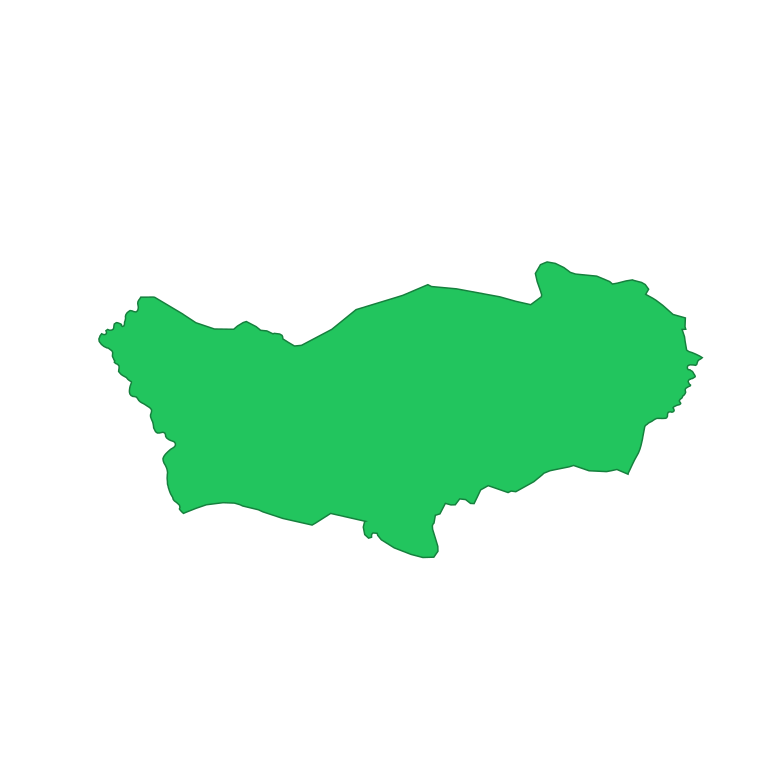 outline of Ar Rujum, Al Mahwit, Yemen, rotated 116°
{"feature_id": "15242507B44353652125997", "entity_name": "Ar Rujum", "entity_type": "district", "adm_level": 2, "iso_a3": "YEM", "parent_name": "Yemen", "parent_adm1": "Al Mahwit", "projection": "robinson", "projection_center": [43.673, 15.406], "detail": "fine", "context": "isolated", "style": "filled", "palette": "green", "viewbox_px": 768, "rotation_deg": 116, "n_neighbors": 0, "source": "geoboundaries", "source_scale": "gbopen_adm2", "svg_char_len": 5619}
<svg xmlns="http://www.w3.org/2000/svg" viewBox="0 0 768 768"><g transform="rotate(116 384 384)"><path d="M220.8,109.5L220.5,112.5L220.5,116.7L220.7,120.6L221.2,124.1L220.9,126.7L220.8,126.9L213.6,132.1L209.8,134.6L204.3,140.0L202.5,136.8L200.5,138.6L192.5,142.1L194.8,154.7L191.1,168.0L189.5,176.3L189.1,180.0L188.7,188.1L182.8,187.7L180.1,192.8L179.8,197.0L181.4,204.9L181.5,206.3L185.3,211.7L191.1,218.5L194.0,222.5L193.0,226.1L193.8,240.1L201.2,260.0L202.0,265.5L200.5,273.3L200.5,279.6L200.5,282.9L202.8,290.9L205.2,293.1L208.2,295.7L208.7,295.7L218.3,296.4L224.8,291.2L231.6,284.3L234.7,281.4L236.6,280.8L248.4,286.9L251.9,301.8L254.9,318.2L257.8,328.6L266.7,360.6L275.6,384.1L275.5,388.1L278.0,390.3L296.0,405.9L301.1,411.3L329.4,441.7L357.8,454.9L385.4,475.1L389.1,481.1L388.5,488.5L387.8,494.6L385.9,495.9L385.0,497.0L384.8,499.6L386.6,504.9L387.6,505.7L387.6,511.9L387.7,512.7L389.9,518.7L389.6,519.2L388.5,524.1L388.2,535.1L390.5,537.5L396.1,541.1L400.7,543.1L408.9,560.5L411.4,579.9L409.6,593.9L409.3,595.8L406.6,628.1L406.8,628.8L407.1,629.7L410.2,635.8L412.6,640.7L414.3,640.8L416.2,641.2L418.0,641.2L419.7,640.6L421.2,639.5L422.6,638.5L424.6,637.8L426.3,637.7L428.0,638.5L428.6,640.6L428.7,642.4L429.3,644.4L430.8,645.3L432.5,646.1L434.7,646.4L436.5,646.1L438.2,645.1L440.3,644.5L442.2,644.3L444.0,643.5L445.7,643.2L447.0,644.4L446.5,645.8L446.3,645.8L445.8,645.9L445.5,646.5L445.5,647.8L445.7,650.2L446.2,651.5L447.5,652.2L448.3,652.7L449.9,652.3L451.8,651.6L453.5,651.4L455.0,652.5L456.0,654.2L456.1,656.3L458.0,657.3L459.2,656.1L460.1,655.7L461.1,655.9L461.6,656.2L462.2,657.0L462.5,657.9L462.6,658.8L462.6,659.6L462.6,659.8L464.1,660.1L464.3,660.1L465.0,660.3L466.7,660.1L468.5,660.0L470.6,658.6L472.3,655.3L473.0,652.2L473.0,648.9L472.6,647.6L473.5,643.0L474.7,641.6L477.6,640.5L478.3,640.1L479.3,638.8L480.8,637.1L481.1,636.2L482.7,635.9L483.2,634.0L483.1,632.0L484.0,630.0L485.8,629.1L487.5,628.6L489.1,628.0L489.9,626.2L490.6,624.5L490.9,622.6L491.0,620.8L491.1,618.5L491.1,618.4L492.1,616.2L492.5,614.4L492.7,612.1L493.6,611.6L495.5,611.4L497.2,611.2L499.0,610.8L501.1,610.1L502.8,609.3L504.3,608.1L505.2,606.4L505.3,604.4L504.6,602.5L504.3,600.7L505.3,598.8L506.3,597.2L506.9,595.2L507.1,593.3L507.1,591.5L507.3,589.4L507.6,587.3L507.8,585.3L507.9,584.6L508.2,583.4L509.1,581.6L510.9,580.8L512.5,580.5L514.2,580.3L515.8,579.4L517.3,577.9L518.6,576.4L519.7,575.1L521.2,573.9L522.9,572.7L524.4,571.8L525.7,570.1L527.0,568.4L527.4,566.3L526.5,564.4L525.4,563.0L524.3,561.6L524.1,559.7L525.3,558.2L526.8,557.3L527.8,555.7L528.3,553.2L528.3,551.0L528.0,548.8L528.0,547.0L529.0,545.4L530.6,544.6L532.3,544.8L534.2,545.8L535.8,546.9L537.5,547.7L539.5,548.5L541.2,549.1L542.7,549.6L544.7,550.0L546.4,550.1L548.1,549.9L550.0,548.6L551.7,546.8L552.7,545.2L554.1,543.4L555.4,542.0L557.0,540.7L558.7,539.6L560.3,539.1L561.9,538.4L563.6,537.7L564.5,537.2L565.3,536.7L566.8,535.8L566.9,535.7L567.2,535.6L568.9,534.7L570.4,533.3L571.9,532.2L572.4,531.6L573.3,530.8L574.5,529.6L574.6,529.4L574.8,529.3L576.3,527.6L577.4,526.0L578.5,524.3L579.5,523.4L580.2,522.8L581.0,521.0L581.0,520.9L581.4,518.7L581.8,517.2L582.0,516.6L582.6,514.7L584.3,513.3L586.0,513.1L586.6,512.1L586.6,511.9L587.0,511.2L587.7,509.3L588.2,507.5L586.2,505.8L578.2,498.5L570.4,490.7L561.2,476.6L556.6,466.2L555.6,460.4L555.6,457.6L552.1,441.8L552.0,436.9L549.2,416.1L542.3,386.8L538.9,384.5L523.7,375.2L515.6,340.6L516.1,341.1L521.7,339.9L527.8,335.3L529.3,330.3L527.2,328.0L524.7,329.2L522.7,328.6L521.2,324.7L522.8,323.3L525.2,318.1L526.8,303.0L525.3,285.0L522.9,273.0L517.8,263.3L510.7,262.2L510.1,262.5L506.3,264.5L499.8,270.5L493.3,276.6L490.2,278.4L488.1,278.5L487.1,278.1L479.5,280.3L476.2,276.8L464.4,276.5L463.3,270.8L461.3,267.0L454.1,265.6L452.1,260.0L453.4,253.9L452.0,250.6L444.9,250.6L436.8,250.7L429.7,245.8L429.0,240.2L427.2,225.1L427.2,224.9L424.5,222.8L423.0,218.3L406.1,206.5L396.3,202.0L394.1,201.2L389.2,196.8L386.3,193.1L377.3,181.3L374.1,177.9L372.1,161.7L365.5,146.3L365.2,145.6L362.2,141.6L361.5,140.7L359.1,137.7L358.7,137.1L358.1,125.1L356.8,125.4L353.8,125.4L347.2,125.5L342.4,125.5L334.4,125.1L330.5,125.4L326.4,126.1L320.4,127.5L320.0,127.6L317.8,128.3L317.7,128.3L307.8,131.0L306.2,130.6L304.8,129.8L303.2,129.2L301.8,128.2L300.1,126.9L298.6,126.1L297.3,125.3L295.8,124.2L295.0,123.2L293.8,120.6L292.9,118.6L292.7,118.2L291.9,116.8L291.4,115.9L290.6,115.2L289.8,115.1L288.7,115.1L287.8,115.5L286.9,115.9L286.6,116.0L285.7,116.1L285.0,116.1L284.5,115.8L284.2,115.5L283.5,114.4L283.4,114.3L283.3,113.4L282.9,112.6L282.5,112.2L282.3,112.0L281.7,111.6L281.0,111.6L280.4,111.7L280.2,111.9L279.3,112.8L278.8,113.7L278.7,113.8L277.7,113.6L276.5,112.8L275.1,111.7L274.3,111.0L273.9,110.4L273.3,109.7L272.7,109.2L272.3,109.0L271.8,108.8L271.4,108.8L271.0,109.2L270.6,109.9L270.2,110.7L269.7,111.2L269.4,111.2L268.8,111.2L267.5,111.0L266.7,110.4L265.9,110.1L265.1,110.1L264.4,110.1L263.5,110.1L262.7,109.6L261.9,109.3L260.5,109.2L259.7,109.2L259.1,109.3L258.5,109.8L258.0,110.2L257.8,110.3L257.1,110.8L256.4,110.9L255.3,110.7L254.2,110.0L253.1,109.3L252.3,108.7L251.7,108.1L251.1,107.9L250.6,108.0L250.4,108.6L250.3,109.5L249.4,110.6L249.0,111.1L248.8,111.4L248.3,111.8L247.3,111.8L247.2,111.8L246.0,111.5L245.3,110.6L244.5,110.2L244.0,109.3L243.0,108.6L242.1,108.1L241.4,107.6L240.8,107.6L240.5,107.8L240.4,107.9L239.5,109.1L238.9,110.2L238.0,111.4L237.5,112.5L237.4,113.4L237.5,113.9L237.1,115.0L237.7,116.9L237.0,118.1L235.8,118.8L234.3,118.9L232.6,117.4L231.2,114.1L230.6,112.1L229.4,111.5L226.1,112.0L224.4,111.6L223.3,110.8L221.8,109.9L220.8,109.5Z" fill="#22c55e" stroke="#15803d" stroke-width="1.5"/></g></svg>